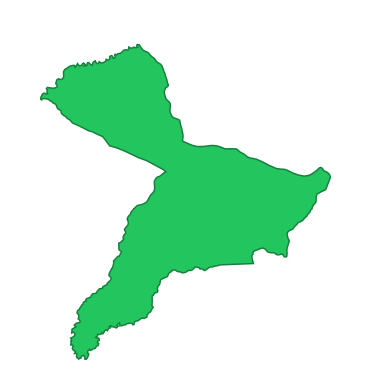 the district of Nova Santa Helena, Mato Grosso, Brazil, rotated 173°
{"feature_id": "56859067B79529427540135", "entity_name": "Nova Santa Helena", "entity_type": "district", "adm_level": 2, "iso_a3": "BRA", "parent_name": "Brazil", "parent_adm1": "Mato Grosso", "projection": "mercator", "projection_center": [-54.856, -10.911], "detail": "fine", "context": "isolated", "style": "filled", "palette": "green", "viewbox_px": 384, "rotation_deg": 173, "n_neighbors": 0, "source": "geoboundaries", "source_scale": "gbopen_adm2", "svg_char_len": 5999}
<svg xmlns="http://www.w3.org/2000/svg" viewBox="0 0 384 384"><g transform="rotate(173 192 192)"><path d="M293.9,332.2L297.3,331.9L299.2,331.2L300.4,330.3L302.7,329.5L303.8,328.5L304.9,327.0L305.3,322.3L305.9,321.1L307.0,319.8L308.9,319.6L310.4,320.6L312.2,320.1L313.0,318.8L314.0,316.1L313.1,314.6L312.8,313.5L313.5,312.5L315.7,311.9L317.6,312.0L322.8,313.4L323.9,312.5L323.3,310.2L323.8,308.7L323.3,307.2L324.7,306.8L325.8,307.9L327.4,308.1L328.6,307.2L330.4,304.5L330.9,302.6L329.9,301.7L329.2,302.7L327.3,302.8L323.0,301.4L321.6,299.7L319.8,298.6L319.1,297.3L316.4,295.6L315.5,291.8L314.4,290.2L313.2,289.6L312.2,288.7L312.1,286.3L311.4,285.1L309.8,283.4L308.8,282.8L307.8,281.7L307.2,280.6L305.0,278.8L303.7,277.5L302.4,275.2L295.6,271.1L287.0,265.3L283.3,263.8L280.2,261.6L273.8,257.8L268.1,247.9L261.1,244.9L253.3,240.5L240.5,232.4L233.1,228.6L217.8,217.8L215.4,215.2L217.6,214.4L219.9,212.8L222.3,211.5L224.6,211.0L226.1,209.9L228.0,207.4L228.3,205.1L228.6,199.9L229.5,197.7L230.9,196.0L232.6,194.7L233.7,193.6L237.8,188.0L238.8,187.3L241.9,186.0L244.1,185.6L247.3,185.4L248.9,184.7L250.4,183.3L251.7,182.6L255.2,179.1L255.7,177.3L257.3,176.4L259.1,174.4L259.7,172.6L259.0,171.4L259.1,168.0L260.0,166.6L261.3,165.6L263.5,163.3L263.5,162.1L262.8,160.8L263.0,159.0L264.8,157.6L266.0,155.2L265.7,153.3L268.8,150.8L270.9,150.1L271.2,148.7L271.1,147.3L271.5,145.0L271.3,143.2L269.7,141.9L269.5,140.6L270.8,139.1L271.9,137.2L273.4,137.2L278.4,132.9L278.2,131.4L280.0,126.7L281.0,125.8L284.1,121.3L284.6,119.2L283.4,117.7L282.7,116.0L283.6,114.4L287.1,111.9L288.1,110.2L290.4,109.6L291.9,108.9L292.6,107.3L295.7,107.2L298.2,105.0L299.6,103.1L303.1,103.1L306.1,99.7L308.2,99.4L309.7,98.9L310.5,97.9L310.5,96.3L311.7,96.5L312.8,96.0L313.7,95.0L314.1,93.6L315.3,93.2L315.8,92.1L316.8,91.3L318.7,88.8L320.0,88.2L320.9,85.9L319.5,83.9L319.6,81.5L320.5,80.0L319.4,79.0L318.7,77.0L319.6,76.2L322.3,75.9L323.7,75.4L325.1,74.2L323.7,72.3L327.8,70.5L328.5,66.7L326.8,67.4L325.8,66.3L325.6,65.1L326.4,63.4L328.2,62.4L330.2,61.9L329.5,59.8L330.5,58.7L330.2,57.3L331.1,55.0L329.5,54.7L328.7,53.2L329.8,51.6L329.5,50.1L327.0,47.4L328.3,46.0L326.1,45.8L326.0,44.5L326.7,43.2L326.5,41.8L324.7,39.9L323.9,40.8L322.4,40.7L321.9,42.2L320.8,42.8L319.3,43.0L318.6,41.0L318.6,39.0L317.4,38.9L316.1,40.1L314.4,43.0L314.3,44.4L315.6,44.7L314.7,47.0L312.7,48.3L312.3,47.1L310.3,47.7L309.0,48.4L307.2,48.6L305.8,50.2L303.6,51.4L303.1,53.0L304.3,54.2L303.8,55.4L302.2,55.9L302.0,57.8L303.0,58.6L304.3,58.5L305.3,59.5L303.2,60.6L303.0,62.2L301.3,61.9L299.7,62.0L298.6,63.4L297.7,62.1L296.6,63.2L295.9,64.7L294.2,65.7L293.0,64.6L291.3,66.8L289.9,67.0L289.0,68.0L290.2,68.7L289.0,69.2L287.7,68.1L284.7,67.0L283.7,66.3L281.6,67.8L282.8,68.7L281.9,69.8L280.1,71.0L279.7,69.8L280.3,68.1L278.5,67.8L276.9,68.0L275.8,68.5L274.5,68.2L272.7,69.2L268.8,69.4L267.4,68.6L267.0,67.5L265.8,67.4L265.2,69.2L264.5,70.4L262.8,70.7L261.1,70.8L257.8,72.8L256.2,72.8L254.7,72.4L252.1,73.3L251.7,75.0L249.3,77.6L248.0,77.9L244.6,82.5L245.6,84.0L244.7,89.0L244.2,93.8L243.1,94.1L241.5,96.2L239.9,96.4L238.4,96.9L237.9,98.3L238.3,100.0L237.8,101.3L236.9,103.1L235.6,103.8L234.7,105.9L234.4,107.5L233.9,108.5L232.4,109.3L226.9,111.0L225.7,112.6L225.2,113.8L224.0,114.8L222.0,115.5L221.0,116.9L218.1,116.7L217.1,115.6L215.3,114.5L213.2,114.2L211.9,113.1L210.0,112.8L208.7,113.0L207.1,113.5L204.7,114.7L203.1,114.2L201.7,114.4L199.3,116.0L197.8,117.2L196.4,116.9L194.4,116.1L193.4,114.6L190.8,114.4L189.8,112.8L188.7,112.5L186.8,113.4L185.1,114.5L183.2,115.3L182.0,115.4L180.9,115.0L179.3,115.6L174.8,115.8L173.4,116.3L139.7,113.5L140.3,117.2L140.6,120.4L140.0,122.0L139.1,122.8L138.6,125.0L135.6,126.5L133.7,126.6L132.0,127.3L129.3,127.8L128.0,127.5L126.5,126.5L125.3,125.1L124.6,123.6L123.4,122.8L120.1,121.8L118.7,121.9L117.3,121.3L116.4,120.2L115.0,119.2L112.2,119.1L110.4,119.8L109.3,118.4L108.5,116.7L107.4,116.1L105.9,116.3L105.1,119.3L105.0,122.2L104.6,124.2L103.9,126.1L101.5,131.1L101.7,132.7L102.5,134.8L102.8,137.8L102.4,139.6L101.8,140.6L100.2,141.8L96.8,142.7L95.7,143.7L93.9,145.6L91.9,147.0L90.7,148.6L87.4,149.5L85.5,150.4L83.0,152.7L80.8,154.2L79.9,155.7L77.5,157.5L76.4,159.7L74.9,160.7L74.4,162.3L73.5,163.8L70.7,166.3L70.0,167.7L69.3,172.3L68.7,173.8L67.8,174.8L63.0,176.8L61.0,177.3L59.0,178.1L53.3,188.8L52.9,190.0L53.1,191.6L53.9,193.4L55.4,195.1L57.8,196.5L58.8,197.4L60.0,199.8L61.1,200.7L62.6,200.4L66.5,197.6L72.2,194.7L74.6,194.2L78.6,194.1L80.5,194.6L84.7,196.1L90.1,198.8L94.3,201.7L96.7,202.9L98.2,203.4L100.2,203.7L105.2,204.9L112.8,209.4L118.0,213.1L124.1,216.7L130.7,218.9L132.9,220.3L135.9,223.4L139.1,225.6L140.3,226.8L142.3,229.1L144.6,229.7L153.2,230.7L154.7,231.2L159.6,233.9L162.3,234.9L163.9,235.3L166.9,235.8L175.1,235.8L180.6,236.4L182.8,237.0L185.8,238.2L189.1,240.0L194.5,243.2L195.2,244.2L194.2,247.7L194.0,250.1L194.6,257.1L195.3,261.0L195.4,264.3L196.2,265.4L201.3,268.0L202.6,269.4L203.7,272.6L204.0,274.8L203.8,276.6L202.9,280.2L202.9,282.0L203.3,283.7L205.9,286.8L206.7,288.2L207.0,290.0L207.4,294.2L206.7,296.5L205.4,298.6L203.7,299.4L202.7,300.2L202.5,301.6L203.1,303.3L203.3,306.3L204.3,311.1L204.4,312.9L205.2,314.8L205.4,316.7L206.6,321.0L207.5,322.6L210.6,325.0L211.6,326.2L212.9,328.9L215.8,331.7L218.6,335.8L222.5,338.1L223.6,339.1L225.6,342.7L226.3,344.5L228.2,345.1L229.1,344.2L228.4,342.2L230.2,342.1L232.2,342.9L233.3,342.1L235.6,342.4L237.0,343.6L237.4,342.0L238.2,340.6L240.0,341.2L242.4,341.1L245.9,338.4L248.7,338.3L249.9,337.3L251.5,338.1L252.1,337.1L251.7,335.7L252.4,334.4L254.0,334.5L254.2,336.0L254.9,337.1L256.2,337.1L257.4,336.0L257.0,334.7L258.3,333.6L259.7,333.2L261.0,334.2L261.8,332.2L264.8,331.0L266.8,331.3L268.2,332.7L269.1,331.2L270.2,330.8L271.5,332.1L272.0,334.0L273.8,333.2L274.9,332.0L275.7,329.9L277.0,330.7L278.8,333.1L280.0,333.0L281.3,330.1L283.5,330.4L282.4,331.1L283.1,332.4L284.0,333.2L285.1,332.6L286.2,331.1L288.7,331.0L289.3,332.4L290.0,333.4L291.1,331.7L292.7,330.1L293.0,331.6L293.9,332.2Z" fill="#22c55e" stroke="#15803d" stroke-width="1.5"/></g></svg>